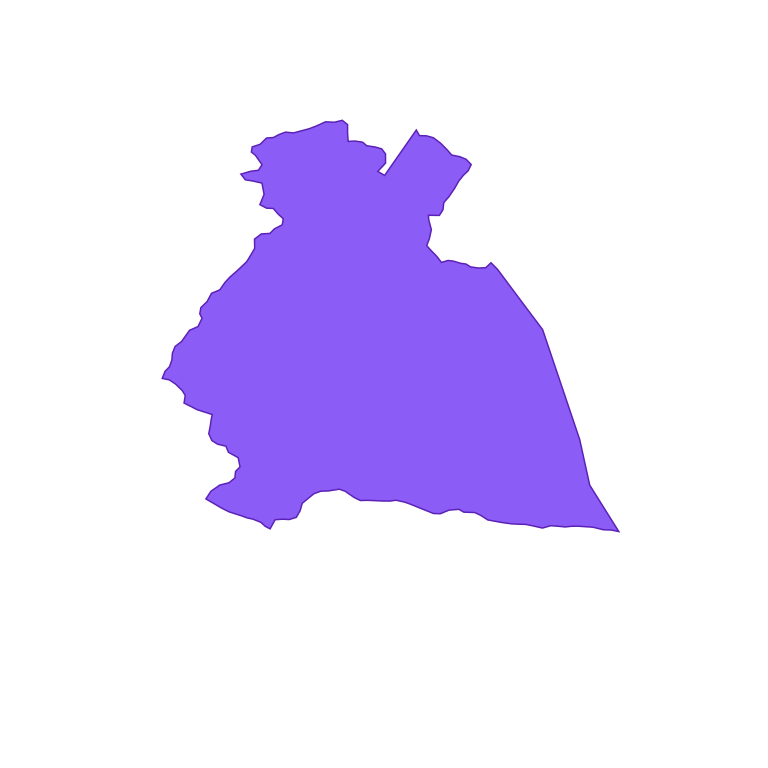 the district of Tarrafas, Ceará, Brazil, rotated 229°
{"feature_id": "56859067B6243055692939", "entity_name": "Tarrafas", "entity_type": "district", "adm_level": 2, "iso_a3": "BRA", "parent_name": "Brazil", "parent_adm1": "Ceará", "projection": "robinson", "projection_center": [-39.719, -6.722], "detail": "fine", "context": "isolated", "style": "filled", "palette": "violet", "viewbox_px": 768, "rotation_deg": 229, "n_neighbors": 0, "source": "geoboundaries", "source_scale": "gbopen_adm2", "svg_char_len": 2403}
<svg xmlns="http://www.w3.org/2000/svg" viewBox="0 0 768 768"><g transform="rotate(229 384 384)"><path d="M118.6,464.4L172.7,472.9L213.6,495.2L234.2,503.7L286.5,525.2L321.0,539.4L347.9,541.3L396.0,544.9L405.3,544.3L405.0,537.1L409.6,531.3L415.7,526.1L420.7,524.6L425.0,520.9L431.2,517.0L435.2,513.4L438.1,507.1L445.4,507.6L453.7,507.1L460.4,507.0L463.8,513.4L469.4,521.0L478.2,525.3L482.2,528.2L474.9,536.4L476.8,542.8L481.7,548.2L482.7,555.7L485.4,565.9L488.1,573.5L489.4,580.7L489.7,587.4L492.4,593.8L499.8,593.4L505.9,590.3L512.4,585.3L519.2,585.3L528.7,584.7L537.5,582.8L543.4,578.9L548.2,573.7L554.5,575.0L541.0,521.3L548.5,518.8L549.7,530.1L556.7,536.1L563.0,536.5L568.7,532.8L575.1,527.3L580.5,526.5L586.4,521.5L590.6,516.1L597.1,521.0L603.7,526.7L610.4,525.5L614.1,518.3L620.3,511.8L623.2,501.9L625.8,494.9L632.9,480.4L638.7,474.9L641.1,468.6L642.6,462.2L646.7,456.7L646.2,447.7L649.4,440.1L646.1,436.1L641.1,437.0L629.5,435.8L627.7,429.4L632.0,423.0L636.3,413.7L629.1,413.3L623.2,418.2L615.7,423.7L605.8,417.9L600.8,408.0L593.8,410.7L589.1,415.6L581.3,415.6L574.8,416.4L570.9,411.6L573.0,403.1L572.5,396.7L577.8,389.8L578.3,381.3L571.2,375.4L568.7,368.0L566.4,360.7L566.1,354.7L565.8,347.1L565.8,338.0L565.0,330.7L562.8,321.8L565.6,313.4L562.3,304.6L561.8,295.9L557.8,291.0L553.0,289.8L549.4,281.3L552.1,272.5L548.9,259.1L549.4,251.0L546.0,244.4L541.4,239.8L537.8,233.6L537.2,227.0L533.7,220.3L527.9,224.7L520.4,226.7L511.2,227.4L505.7,226.4L500.8,220.6L494.0,223.4L487.2,226.1L480.6,230.1L473.7,234.3L470.1,229.7L466.5,225.6L461.4,219.1L454.2,217.0L447.8,218.9L440.8,223.9L434.5,221.8L424.1,225.6L415.9,221.0L415.4,214.6L410.9,209.8L411.2,202.2L415.5,193.7L416.6,182.9L414.1,174.2L397.0,180.0L389.3,183.1L383.2,186.8L377.8,190.1L372.8,192.8L368.0,196.4L360.4,200.3L354.5,201.0L349.4,203.0L353.0,212.8L348.7,218.5L343.8,223.7L340.9,230.3L343.4,237.6L347.6,244.0L347.2,259.1L344.5,266.1L339.9,271.7L333.9,281.3L328.6,284.3L318.0,287.0L311.6,289.7L306.8,295.5L296.3,306.5L291.6,311.9L288.4,316.8L281.1,322.2L276.3,324.9L271.0,327.6L263.3,331.5L253.8,336.4L249.2,341.3L246.1,350.4L240.3,358.3L235.0,360.1L227.4,368.2L220.9,371.0L213.4,373.1L202.7,381.6L195.0,388.3L189.8,393.7L185.0,398.9L179.5,403.1L175.4,406.1L171.3,409.1L167.7,416.8L162.1,422.4L157.2,427.0L153.8,431.9L150.0,436.5L138.9,447.7L130.0,454.0L124.7,459.7L118.6,464.4Z" fill="#8b5cf6" stroke="#5b21b6" stroke-width="1.5"/></g></svg>